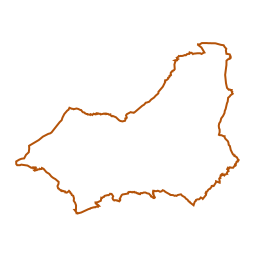 the district of Nes nor, Akershus, Norway, rotated 271°
{"feature_id": "86288312B33939315722531", "entity_name": "Nes nor", "entity_type": "district", "adm_level": 2, "iso_a3": "NOR", "parent_name": "Norway", "parent_adm1": "Akershus", "projection": "mercator", "projection_center": [11.47, 60.171], "detail": "fine", "context": "isolated", "style": "outline", "palette": "amber", "viewbox_px": 256, "rotation_deg": 271, "n_neighbors": 0, "source": "geoboundaries", "source_scale": "gbopen_adm2", "svg_char_len": 5753}
<svg xmlns="http://www.w3.org/2000/svg" viewBox="0 0 256 256"><g transform="rotate(271 128 128)"><path d="M214.2,200.4L212.6,197.7L212.9,196.6L212.4,196.5L209.8,200.0L204.8,203.1L204.5,202.1L203.3,200.3L204.0,198.8L203.9,195.9L203.4,191.9L203.1,191.6L204.3,190.3L204.2,189.2L204.6,188.3L203.2,188.0L203.3,187.0L202.9,186.5L202.8,185.5L201.8,184.7L201.7,183.9L201.9,183.5L201.1,181.5L200.9,179.8L201.0,179.1L200.6,177.9L200.8,177.5L200.1,177.1L199.2,175.8L199.0,176.1L198.3,175.9L197.8,176.8L197.4,176.2L196.6,176.0L196.4,175.6L196.6,174.7L196.4,174.5L196.6,174.1L196.4,173.6L196.1,174.4L192.3,173.3L187.7,173.7L186.6,173.0L186.0,171.6L185.4,171.5L185.4,171.0L184.4,170.1L183.6,169.7L181.7,170.1L181.3,169.7L181.2,168.9L180.8,168.5L180.1,168.7L179.0,167.8L179.0,167.3L178.9,167.2L178.0,167.3L176.7,165.9L176.3,165.1L176.4,164.4L175.3,164.1L174.7,164.4L169.9,162.1L164.7,157.8L163.4,157.8L162.6,157.2L161.0,155.3L158.9,153.5L156.8,150.6L154.7,148.8L153.8,146.4L153.6,145.3L151.6,143.7L150.5,141.9L143.9,134.4L143.3,133.5L143.6,132.9L143.5,131.9L143.9,130.4L141.8,126.6L140.6,125.8L138.4,126.6L137.7,126.3L137.5,125.9L137.6,125.2L137.4,125.1L136.6,125.3L135.2,124.9L134.5,122.4L134.9,120.2L135.7,118.8L138.5,115.8L139.8,112.5L139.4,111.9L139.5,111.5L140.6,110.2L141.3,110.1L141.0,108.9L141.8,107.6L141.5,105.8L142.1,105.6L141.9,104.4L141.7,104.0L142.0,103.7L141.3,101.3L141.4,100.6L141.2,100.3L141.7,99.9L141.7,98.7L142.1,97.8L141.6,97.4L142.0,96.8L141.7,96.5L142.0,96.1L141.1,95.5L141.5,94.8L141.2,93.9L141.6,93.4L141.1,92.9L140.9,92.1L140.6,92.0L140.8,91.7L140.7,91.3L141.1,90.5L140.7,90.3L141.0,90.0L140.6,89.2L140.9,88.2L140.8,87.4L141.3,87.1L141.3,86.3L141.9,84.8L142.7,84.2L142.9,82.8L143.9,81.7L145.1,80.9L145.2,80.0L146.2,77.9L146.6,76.2L145.8,73.2L146.2,72.6L146.2,71.6L147.2,69.1L145.2,68.2L144.4,67.0L140.9,64.1L137.2,62.3L134.6,61.5L132.7,59.6L122.2,51.6L121.2,50.1L120.8,48.5L117.9,43.1L114.4,39.0L108.5,29.4L105.6,29.6L102.0,29.2L99.4,26.5L95.8,24.7L95.4,22.1L94.5,19.9L92.6,16.8L90.0,16.9L88.9,17.8L88.9,20.6L89.5,21.9L88.7,28.2L86.5,32.0L87.0,33.6L86.3,33.8L86.6,34.3L86.4,34.7L87.0,35.3L87.0,36.4L86.6,36.6L86.6,36.3L86.3,35.9L85.2,35.9L84.1,34.9L83.7,35.5L84.3,36.8L84.3,37.6L84.9,38.4L85.2,40.2L85.6,40.4L85.4,40.7L85.5,42.3L86.5,42.6L85.7,44.3L82.4,47.2L80.8,50.0L78.2,52.2L76.8,54.1L75.7,56.2L72.9,59.6L70.9,59.5L68.7,58.5L66.4,59.2L66.2,59.9L65.2,60.6L64.6,62.3L64.1,62.2L63.7,63.0L64.0,63.6L63.7,64.2L63.9,64.4L63.6,65.4L63.4,65.6L63.4,66.2L62.5,66.5L62.6,67.2L62.3,67.9L63.3,69.4L64.1,70.1L62.9,71.3L62.2,71.4L61.4,72.2L61.4,72.5L60.0,73.0L59.3,74.4L56.8,75.2L54.3,75.0L52.3,76.4L49.8,77.4L45.3,77.4L45.2,76.0L43.3,77.5L41.9,78.0L42.2,79.0L41.7,79.2L42.7,82.7L46.2,89.9L46.7,91.6L47.1,91.8L48.1,95.1L48.0,95.4L48.3,96.2L48.2,96.9L48.7,97.4L49.0,98.3L48.7,99.2L49.4,99.3L49.6,100.4L50.4,99.6L52.0,97.0L53.0,96.8L53.2,98.8L54.8,102.1L57.8,102.5L57.5,103.3L58.3,104.0L58.7,105.2L59.7,105.7L60.5,108.6L60.5,109.8L61.4,111.0L61.9,111.2L61.8,112.7L59.5,114.4L57.7,113.7L56.2,114.3L56.1,114.7L55.3,115.5L55.6,116.5L55.5,118.2L55.1,118.5L55.2,119.1L54.8,119.6L55.0,120.1L54.6,120.6L55.5,121.4L56.8,121.1L56.8,121.4L57.7,121.3L60.7,122.8L61.4,123.6L62.5,129.2L63.6,129.3L64.1,130.2L63.9,130.5L64.2,131.9L63.7,133.3L64.2,134.1L63.9,134.9L64.1,135.4L63.8,135.5L63.8,135.9L63.6,136.2L63.8,137.0L63.2,137.6L63.2,138.0L62.9,138.3L63.0,139.0L62.5,139.2L62.3,139.7L62.3,140.3L62.1,140.6L62.1,141.3L63.0,141.5L63.2,142.1L63.1,143.5L63.7,144.6L63.8,146.6L63.0,148.3L62.7,150.1L60.7,152.0L60.0,152.1L59.8,152.6L60.0,152.7L59.5,153.1L59.2,154.2L58.4,154.6L58.4,156.1L58.2,156.2L59.0,156.1L62.1,154.4L62.3,154.7L63.2,154.5L63.1,154.2L63.3,154.1L63.8,154.4L64.5,154.1L65.7,154.3L65.6,155.5L65.3,155.7L65.4,157.8L65.8,158.8L65.5,159.9L64.8,161.1L65.3,162.7L66.4,163.8L65.8,165.3L64.8,166.4L62.2,171.3L61.8,171.5L61.7,174.2L61.0,175.9L61.3,176.9L61.0,177.7L61.9,179.0L62.6,182.1L61.3,183.3L59.7,186.1L58.4,187.1L57.3,188.8L55.8,189.8L55.4,190.9L54.9,190.9L51.9,194.9L54.8,195.8L55.8,196.3L56.3,197.1L57.3,197.3L57.9,198.7L57.9,199.9L58.1,200.6L59.8,202.0L59.2,203.2L58.4,204.0L62.5,207.2L63.2,207.2L63.8,206.8L64.2,207.3L64.7,206.9L65.6,207.3L65.6,207.9L65.8,208.2L67.7,209.4L68.6,210.6L68.6,211.0L70.4,212.4L71.5,212.7L71.7,213.6L71.4,214.3L71.5,214.7L75.3,217.0L76.2,217.0L74.9,220.6L75.8,220.7L79.0,220.1L79.5,220.5L79.6,221.2L80.4,221.0L81.0,221.4L82.3,221.4L83.0,222.1L82.7,222.2L82.9,222.5L82.5,222.4L82.9,222.8L82.6,222.8L82.9,223.2L82.6,223.5L82.8,224.1L82.5,224.0L83.0,224.2L82.2,225.1L83.0,225.7L83.3,226.6L84.1,227.4L84.0,227.8L84.6,227.6L85.6,228.0L86.6,229.2L87.0,228.8L87.8,229.1L88.6,227.9L89.4,228.3L89.2,228.4L89.5,229.1L90.1,229.7L89.8,229.9L90.1,230.2L89.9,230.4L90.4,231.1L90.1,232.3L90.1,233.8L92.2,235.3L92.1,236.0L92.3,236.2L92.7,236.4L93.0,235.7L93.5,235.6L94.6,236.7L96.0,237.1L96.2,237.8L96.5,237.6L97.4,238.6L97.3,238.9L97.9,239.2L98.7,238.3L100.4,237.5L101.1,236.6L101.9,234.9L102.5,235.1L103.0,234.1L103.3,234.0L103.3,233.6L103.8,233.2L107.9,231.1L111.7,230.2L112.9,229.0L115.3,228.6L116.6,228.0L118.9,225.6L120.8,224.5L121.4,224.7L121.7,223.1L122.4,221.7L122.5,219.5L122.8,219.0L125.4,219.7L128.2,219.6L129.5,219.0L131.8,218.7L134.2,219.1L136.1,220.3L139.2,221.0L141.7,222.8L144.6,224.2L146.9,224.5L148.7,225.3L154.4,226.5L156.1,227.2L160.0,227.6L161.4,229.2L162.5,229.9L164.1,232.1L165.2,231.3L166.2,231.6L167.0,230.7L167.8,230.9L167.8,230.3L167.6,229.9L168.3,229.1L168.0,228.1L169.9,226.3L174.5,225.2L182.8,224.2L192.6,225.3L197.0,225.3L198.4,226.7L198.8,228.0L199.5,228.3L199.3,229.0L199.6,229.3L200.6,229.5L201.4,228.9L201.7,229.2L203.4,228.4L203.9,225.1L207.4,224.5L208.9,224.9L211.0,223.0L212.4,222.2L212.8,219.3L214.2,214.0L214.2,206.6L214.3,205.3L214.2,200.4Z" fill="none" stroke="#b45309" stroke-width="2"/></g></svg>